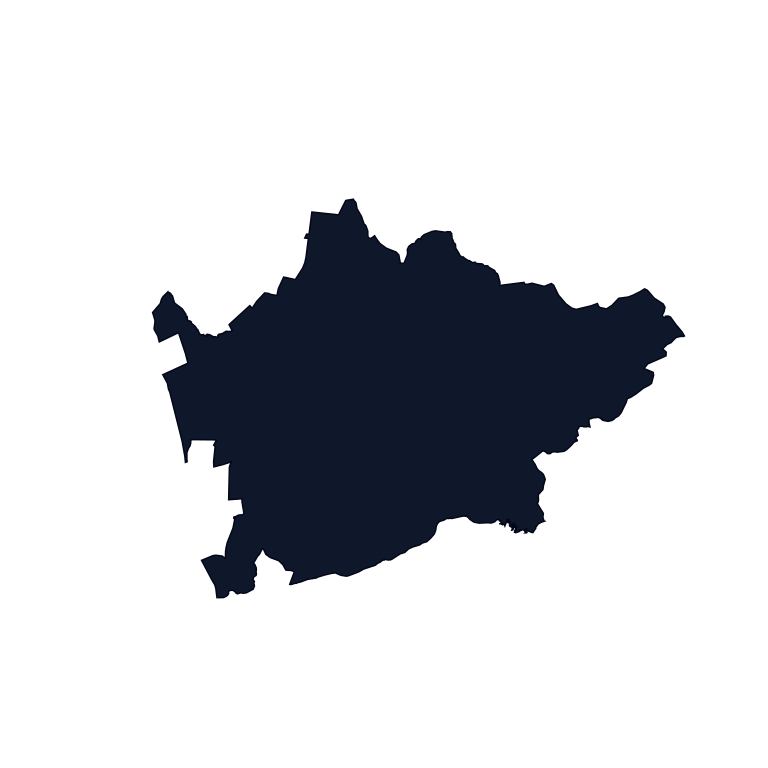 the district of Vintu De Jos, Alba, Romania, rotated 140°
{"feature_id": "2599482B17815307797793", "entity_name": "Vintu De Jos", "entity_type": "district", "adm_level": 2, "iso_a3": "ROU", "parent_name": "Romania", "parent_adm1": "Alba", "projection": "natural_earth1", "projection_center": [23.464, 46.01], "detail": "fine", "context": "isolated", "style": "filled", "palette": "ink", "viewbox_px": 768, "rotation_deg": 140, "n_neighbors": 0, "source": "geoboundaries", "source_scale": "gbopen_adm2", "svg_char_len": 6171}
<svg xmlns="http://www.w3.org/2000/svg" viewBox="0 0 768 768"><g transform="rotate(140 384 384)"><path d="M347.0,548.6L350.9,546.7L348.3,544.2L362.2,531.3L366.7,527.8L372.0,525.0L384.8,521.0L392.1,530.4L403.6,525.0L409.1,520.6L413.3,525.6L414.1,527.5L416.9,530.5L428.4,529.1L435.9,526.9L436.3,527.1L436.4,530.3L464.5,529.1L466.1,522.3L468.1,523.1L471.1,525.9L475.2,526.5L479.0,528.4L481.4,527.3L482.6,527.8L482.8,528.6L484.2,529.9L484.8,529.5L485.5,529.9L484.8,531.3L486.2,534.4L486.9,534.5L487.3,535.6L487.8,535.8L488.5,535.6L489.2,534.6L489.6,536.0L490.9,537.0L490.4,537.8L492.2,538.9L492.9,540.0L492.9,541.5L491.7,545.4L492.7,546.6L491.9,546.9L491.6,549.5L492.5,554.8L491.7,555.4L492.1,557.1L493.1,557.8L493.3,559.7L491.6,561.7L491.5,562.3L492.5,562.6L491.0,564.6L490.2,571.1L492.4,580.7L489.4,587.5L489.6,589.1L489.3,590.4L489.6,591.8L490.5,592.7L490.2,593.5L496.8,593.0L499.7,592.1L503.8,589.4L515.3,587.5L518.1,580.9L519.3,579.0L524.5,574.3L525.1,573.0L526.4,566.1L529.1,560.7L508.4,555.4L516.5,535.0L520.8,526.0L547.5,533.3L549.4,523.9L552.4,518.6L553.4,515.3L575.5,469.8L583.2,456.4L586.5,451.6L584.7,451.0L583.2,453.3L579.0,458.2L575.0,460.5L572.6,461.2L570.1,462.9L568.1,465.3L566.1,464.2L549.4,449.9L548.7,448.6L553.8,446.6L553.5,444.8L553.8,444.4L564.4,434.1L567.6,429.9L559.4,425.9L551.2,422.6L555.8,419.8L577.4,395.2L566.6,387.4L568.9,384.4L574.6,374.7L576.3,374.7L579.8,377.1L582.9,377.8L584.5,378.6L585.3,377.7L584.2,377.2L592.4,370.6L605.8,363.4L609.7,360.5L612.7,357.9L617.3,352.7L618.3,354.5L618.4,356.0L622.8,360.9L625.4,362.5L637.1,366.2L641.9,343.9L642.7,339.0L644.1,335.7L649.3,327.7L644.3,323.6L641.9,322.9L639.7,322.7L637.5,323.5L636.9,324.8L634.9,325.0L632.3,323.1L631.6,320.1L631.8,319.2L631.2,317.5L627.9,316.1L626.3,314.2L623.7,312.5L616.1,310.9L612.9,312.7L611.7,315.2L610.4,315.8L609.8,318.7L607.8,319.9L605.1,319.6L604.0,320.3L602.8,322.3L601.2,323.7L600.0,325.4L598.9,329.0L599.4,330.5L591.6,333.3L588.9,333.6L583.8,335.8L582.3,335.5L584.0,329.5L582.7,324.2L578.2,316.3L577.6,310.5L578.8,304.5L574.9,300.7L573.7,298.4L573.7,297.6L585.0,291.1L584.3,290.2L580.2,288.5L579.2,287.6L578.7,287.7L575.0,285.9L568.0,283.4L560.3,278.8L559.2,278.8L552.4,275.9L546.0,272.7L542.7,270.6L540.0,265.2L536.4,261.0L534.4,259.9L524.0,256.3L518.5,255.3L507.2,250.8L503.9,250.7L501.7,250.0L498.3,249.9L496.8,248.9L496.0,249.0L493.7,246.2L492.3,245.8L492.4,245.3L490.7,244.7L480.5,243.4L476.4,241.6L471.3,241.9L466.8,240.7L460.1,237.8L456.8,237.5L452.5,235.7L446.6,236.0L441.8,236.8L438.2,238.9L435.7,241.2L432.9,242.7L429.9,243.0L425.5,241.2L422.0,240.7L421.5,239.7L420.1,239.0L418.5,237.4L408.1,231.9L406.1,229.9L405.4,228.7L405.2,224.9L403.9,220.4L400.6,216.3L393.9,211.2L391.1,208.5L387.7,207.3L385.0,207.6L382.7,206.0L383.5,205.0L383.4,204.6L382.7,204.2L382.4,204.7L382.6,203.4L383.1,203.3L383.3,202.6L383.1,201.6L385.7,202.8L384.0,201.6L384.0,200.8L383.2,200.1L383.4,199.9L382.0,199.1L382.6,197.6L379.4,199.3L378.9,198.9L378.3,199.9L377.9,199.6L376.7,200.8L375.4,200.3L375.5,199.8L376.4,200.1L377.7,198.5L377.4,197.5L376.4,198.1L376.3,197.0L375.6,196.7L377.1,196.7L376.7,196.3L376.8,195.8L378.6,195.4L379.0,194.0L378.1,192.9L378.9,192.1L375.9,193.5L375.6,194.0L374.2,193.8L375.0,192.7L375.7,192.8L375.4,192.4L376.3,191.6L378.3,191.1L380.0,189.9L379.0,189.5L375.8,190.9L375.5,190.7L375.7,189.5L374.5,190.7L374.7,189.8L374.1,189.0L377.5,187.9L376.6,187.3L379.9,186.6L378.2,186.1L378.6,185.5L377.2,184.8L376.8,185.0L376.0,184.3L374.7,184.0L374.2,184.2L374.0,184.8L373.0,184.3L373.0,183.7L371.8,183.5L371.0,182.7L370.7,181.4L368.7,180.9L367.9,181.8L367.6,181.6L368.6,180.4L369.6,180.7L369.1,179.6L369.9,179.5L370.8,180.0L370.8,179.5L371.7,179.4L370.4,178.3L370.1,178.4L370.5,179.0L370.2,179.4L368.4,179.3L366.1,175.2L365.5,175.2L365.4,174.5L360.5,175.9L360.1,176.6L355.8,177.7L352.1,176.9L349.1,175.7L349.4,176.4L348.0,179.7L345.1,182.5L343.4,194.0L342.3,194.2L340.1,195.9L337.7,199.2L336.5,200.1L330.1,201.0L327.4,203.5L321.7,207.4L320.0,212.2L320.2,214.8L321.1,218.2L321.1,220.9L319.9,225.3L319.5,229.5L318.9,231.4L317.4,231.0L305.2,230.7L304.1,228.9L303.5,225.6L302.1,224.3L301.2,223.8L299.0,223.9L295.6,221.4L295.5,220.7L289.3,216.7L286.4,216.3L280.0,216.6L275.8,217.3L272.4,216.3L272.0,216.8L272.1,217.6L271.6,219.6L269.8,219.9L268.3,219.7L265.8,224.6L263.3,225.1L261.7,225.9L259.3,224.3L258.8,223.2L256.8,221.3L255.1,220.4L253.8,218.7L252.2,222.0L249.7,225.2L245.7,223.7L241.2,220.7L240.2,218.6L239.8,215.6L236.4,211.4L232.9,209.6L230.5,209.2L228.7,209.5L225.2,208.8L221.8,209.3L219.6,210.1L210.2,214.3L207.0,216.4L203.8,215.3L197.1,214.4L188.0,214.1L181.7,212.7L178.7,212.5L171.8,217.4L170.3,219.9L174.9,228.7L169.2,229.9L149.9,224.3L147.3,227.0L148.0,231.9L141.6,232.3L137.7,231.2L131.0,231.9L129.0,231.3L125.5,229.3L123.9,227.8L123.0,227.7L122.2,232.4L122.2,241.9L121.5,251.1L122.4,253.1L124.9,255.1L125.4,254.7L125.0,253.8L125.8,253.9L126.9,255.1L127.0,256.7L126.6,257.8L122.8,259.5L119.4,262.2L118.7,265.8L121.8,276.1L122.0,286.6L123.2,289.4L128.4,290.1L136.6,292.1L141.1,293.7L149.1,298.8L158.6,297.7L165.2,298.5L169.5,303.9L169.7,305.1L168.8,308.5L175.1,310.8L188.8,317.6L191.4,321.5L193.1,328.5L193.2,340.0L190.5,350.7L191.2,353.4L198.5,355.8L205.9,366.1L210.2,368.3L211.9,370.0L211.5,371.9L232.2,385.2L230.0,387.0L226.7,394.0L226.3,395.6L226.9,397.7L226.3,399.7L228.8,406.7L228.5,407.7L229.9,409.2L231.0,409.3L231.6,412.9L235.8,417.0L235.9,418.8L238.3,420.1L238.6,421.5L239.2,422.2L239.1,423.4L240.2,424.6L241.5,428.8L241.5,430.3L242.6,431.0L243.3,433.8L242.7,435.3L241.7,442.0L239.6,444.9L239.4,445.8L239.8,447.2L238.8,449.6L238.1,452.2L236.9,453.5L236.6,454.5L235.5,455.5L235.4,458.1L237.9,460.2L239.5,460.9L246.2,468.3L249.2,470.0L257.3,472.6L261.1,472.5L262.1,471.1L264.0,473.0L264.7,473.2L267.4,473.0L269.9,471.9L272.5,473.3L276.6,473.5L279.9,471.9L281.2,469.8L283.3,467.8L291.1,463.6L293.8,466.1L289.7,473.3L289.9,477.3L294.9,486.5L296.8,494.2L296.5,499.6L295.9,503.6L300.3,503.9L301.7,505.3L301.5,507.4L298.1,511.6L296.3,516.4L296.1,517.6L296.4,519.5L293.5,526.9L292.0,535.6L288.9,541.0L289.0,543.5L288.7,545.3L295.3,549.2L310.1,542.8L328.7,562.1L345.2,546.9L347.0,548.6Z" fill="#0f172a" stroke="#020617" stroke-width="1.5"/></g></svg>